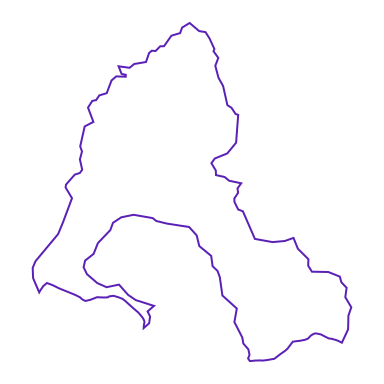 Resen, Resen, North Macedonia (Natural Earth projection)
{"feature_id": "65306769B70601166108403", "entity_name": "Resen", "entity_type": "district", "adm_level": 2, "iso_a3": "MKD", "parent_name": "North Macedonia", "parent_adm1": "Resen", "projection": "natural_earth1", "projection_center": [21.03, 41.035], "detail": "fine", "context": "isolated", "style": "outline", "palette": "violet", "viewbox_px": 384, "rotation_deg": 0, "n_neighbors": 0, "source": "geoboundaries", "source_scale": "gbopen_adm2", "svg_char_len": 2262}
<svg xmlns="http://www.w3.org/2000/svg" viewBox="0 0 384 384"><path d="M39.2,292.4L40.6,290.0L43.4,286.0L46.9,283.0L50.4,284.3L53.6,285.6L57.9,287.8L61.4,289.3L67.6,291.8L75.4,295.0L80.0,297.3L82.0,299.2L83.0,299.8L85.2,300.9L86.2,300.8L90.7,299.7L97.0,297.2L101.0,297.4L104.5,297.5L108.0,297.3L109.1,296.4L113.6,295.8L118.8,297.4L122.6,298.9L125.3,301.0L128.8,304.2L132.9,307.9L138.2,312.4L141.6,316.4L143.1,318.4L144.2,320.7L144.5,322.2L144.1,323.8L143.8,326.1L143.7,328.1L149.1,323.3L150.1,316.6L147.6,311.4L154.0,305.9L135.8,300.1L128.1,294.9L119.0,284.6L106.6,287.2L97.3,283.1L86.9,274.1L83.6,267.2L85.1,260.6L93.6,253.9L97.9,243.1L110.3,230.1L113.0,222.8L121.3,217.3L133.6,214.8L152.7,218.1L156.3,221.0L167.0,223.6L189.1,227.0L196.7,235.4L199.3,246.1L211.2,255.9L212.6,266.2L217.5,270.9L219.8,277.1L222.4,295.5L236.8,308.5L234.4,322.1L242.3,337.5L243.3,343.5L248.4,349.4L249.5,354.9L248.1,358.4L249.8,361.0L252.4,360.9L254.4,360.6L260.2,360.4L262.6,360.6L266.7,360.1L274.3,358.8L280.0,354.4L285.1,350.8L287.6,348.6L289.9,345.5L292.8,341.7L295.5,341.3L299.9,340.8L305.0,339.8L308.0,338.6L310.8,335.6L312.7,334.4L314.7,333.5L315.8,333.4L318.0,333.8L320.3,334.3L321.3,334.6L325.0,336.6L329.0,338.5L331.3,338.7L336.3,340.1L338.3,340.9L341.9,342.7L348.1,329.3L348.4,315.7L351.3,307.3L345.3,297.2L346.6,287.8L341.4,282.3L339.8,276.6L328.3,272.0L311.9,271.7L308.2,265.7L308.4,259.2L297.9,248.8L293.5,237.9L284.8,241.0L272.5,242.1L254.9,238.9L242.9,211.3L238.2,209.5L234.5,202.1L234.3,198.5L238.1,192.8L237.5,188.4L241.2,183.3L229.1,180.7L224.6,177.0L216.0,175.1L215.8,170.5L211.4,163.2L214.8,158.5L227.3,153.4L236.1,142.7L238.2,114.9L235.5,113.9L231.5,107.8L227.4,105.2L223.1,86.0L218.5,77.8L215.3,65.8L218.3,57.9L213.5,51.2L214.4,49.0L209.5,38.4L205.5,32.1L199.2,31.1L189.6,23.0L182.1,27.6L180.1,33.1L171.4,35.7L164.0,46.2L160.2,46.3L155.6,51.0L151.8,50.7L149.1,53.0L146.0,62.0L134.2,64.0L129.6,67.8L118.6,66.3L121.6,73.9L125.8,74.8L125.7,76.7L116.2,76.4L111.5,80.5L106.7,93.2L99.3,95.4L96.1,100.1L92.3,100.9L88.0,107.6L93.4,121.9L84.7,126.4L80.2,146.4L82.0,151.5L79.9,159.4L82.2,169.7L79.8,173.0L74.8,174.6L66.0,184.6L65.6,187.5L72.0,198.2L63.0,222.3L58.1,234.1L35.5,261.2L32.7,267.9L33.1,278.1L39.2,292.4Z" fill="none" stroke="#5b21b6" stroke-width="2"/></svg>